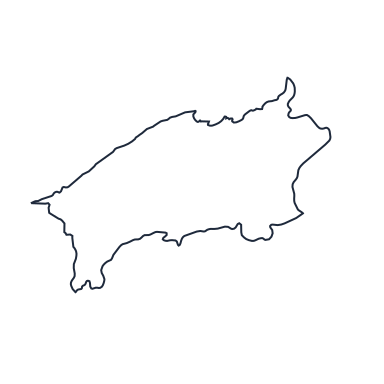 map outline of Coquimbo (Mercator projection), rotated 63°
{"feature_id": "CHL-2697", "entity_name": "Coquimbo", "entity_type": "Region", "adm_level": 1, "iso_a3": "CHL", "parent_name": "Chile", "parent_adm1": "", "projection": "mercator", "projection_center": [-70.868, -30.645], "detail": "fine", "context": "isolated", "style": "outline", "palette": "slate", "viewbox_px": 384, "rotation_deg": 63, "n_neighbors": 0, "source": "natural_earth", "source_scale": "10m", "svg_char_len": 4497}
<svg xmlns="http://www.w3.org/2000/svg" viewBox="0 0 384 384"><g transform="rotate(63 192 192)"><path d="M261.4,102.8L262.5,111.1L262.0,123.7L261.5,127.3L260.4,130.7L257.6,135.0L257.2,136.3L257.8,137.9L259.1,138.3L262.3,137.8L265.4,138.9L267.9,141.5L269.1,144.8L268.0,148.4L267.3,149.0L265.7,149.7L264.9,150.4L264.6,151.2L264.3,152.1L263.9,153.8L263.8,157.4L263.6,159.1L262.8,160.8L260.7,163.2L258.5,165.1L256.0,166.3L253.1,167.2L250.3,166.4L243.5,163.1L241.3,164.1L241.3,165.8L243.4,169.2L243.8,171.2L243.2,173.1L242.1,174.1L240.8,174.8L239.4,175.7L237.8,178.4L236.3,185.7L235.0,189.0L233.4,192.0L232.9,193.5L232.6,195.4L232.7,196.6L232.9,197.5L232.9,198.5L232.4,199.7L231.0,201.6L230.5,202.3L229.4,205.7L227.7,218.8L228.1,220.5L228.9,222.0L230.3,223.6L232.6,225.7L233.6,227.0L233.7,228.2L232.7,228.5L229.2,228.0L227.7,228.7L225.8,231.7L225.0,233.6L224.3,236.4L223.3,237.9L222.0,239.1L220.8,239.5L219.8,238.3L219.4,236.1L218.8,234.1L217.2,233.3L216.2,234.0L211.6,241.3L211.1,242.8L211.0,244.7L211.0,248.4L210.7,250.1L208.9,253.9L209.0,255.7L209.6,257.5L210.1,259.6L209.8,261.4L208.4,264.4L208.1,266.2L208.1,269.7L207.9,273.3L207.0,277.5L207.2,279.3L208.0,281.6L212.3,290.5L214.8,293.4L215.7,295.0L215.5,299.1L215.9,301.4L216.6,303.6L217.5,305.4L220.4,308.4L223.2,309.2L226.3,309.1L229.9,309.6L231.3,310.5L233.0,312.0L234.6,313.8L235.5,315.4L235.7,317.3L235.3,318.5L234.4,319.7L233.6,321.1L233.0,324.7L232.2,325.5L230.1,325.6L226.7,324.2L224.9,323.9L223.8,325.0L223.6,326.1L224.0,327.0L225.4,328.5L225.9,329.3L226.1,330.1L226.0,332.0L226.4,332.9L227.8,333.9L228.1,334.6L227.9,335.5L227.4,337.1L227.2,337.9L227.4,339.1L228.4,341.2L228.4,341.3L224.3,342.4L220.7,342.2L219.1,341.8L217.7,340.9L216.4,339.3L214.8,336.2L213.7,334.8L211.4,333.5L206.1,331.9L202.6,330.0L198.8,325.8L196.4,324.0L194.5,322.9L192.2,322.2L190.5,322.1L188.7,322.2L187.0,322.6L178.6,319.5L176.8,318.5L174.6,319.8L173.1,323.3L171.3,323.3L169.8,324.0L162.1,319.9L158.6,320.7L156.7,321.5L155.2,323.0L147.5,327.7L145.7,328.7L140.9,326.9L138.7,324.7L136.7,325.2L135.8,328.0L129.3,339.7L128.9,339.7L129.0,336.5L129.2,335.4L130.2,333.2L130.2,329.1L131.8,318.8L131.5,317.3L130.8,316.3L130.3,315.3L130.1,314.2L130.2,312.9L130.6,312.0L131.3,311.3L132.0,310.8L132.4,310.3L131.9,308.4L129.2,305.3L129.3,304.0L130.7,302.3L131.3,300.7L131.2,299.3L127.3,283.2L126.7,281.6L126.8,274.6L124.8,267.4L123.6,265.1L120.4,244.1L118.8,241.0L118.7,239.2L119.9,231.3L120.1,226.9L119.7,222.4L118.9,218.7L118.5,218.1L118.1,217.6L117.9,217.0L117.7,214.8L117.3,212.9L116.9,209.7L115.4,203.6L116.1,196.9L115.8,195.8L114.9,187.9L115.2,185.9L116.5,181.3L116.3,179.8L115.8,177.8L116.1,175.6L117.2,172.2L117.9,162.0L121.0,153.4L121.1,152.4L121.4,152.1L122.0,152.3L122.5,152.9L123.5,155.6L125.3,156.5L127.3,156.7L129.0,156.5L131.0,155.9L132.0,155.3L132.4,154.3L132.2,153.3L131.9,152.6L132.1,152.2L133.2,152.1L133.6,151.0L136.9,144.9L138.0,146.0L138.7,147.0L139.5,147.3L140.8,146.2L141.6,144.9L142.1,143.5L142.5,140.3L142.6,136.9L142.1,133.8L141.1,131.1L139.6,128.7L140.1,127.8L140.6,127.4L141.2,127.4L141.9,128.0L142.0,127.2L142.3,126.6L142.7,126.2L144.1,125.8L144.1,125.3L143.9,124.7L144.1,124.1L144.4,123.6L144.5,123.2L144.7,122.9L145.6,122.8L145.9,123.0L146.7,123.9L147.3,124.1L149.1,123.2L150.0,121.0L150.3,118.1L150.3,115.3L150.1,113.9L149.5,112.9L147.8,111.4L147.3,110.5L146.9,109.3L145.9,103.7L146.0,102.1L146.7,101.4L147.2,100.8L147.4,99.4L147.4,97.8L147.0,96.9L149.1,93.8L149.9,91.9L149.0,91.1L147.9,90.4L147.0,88.6L146.2,86.4L145.9,84.6L146.1,82.6L147.3,79.5L147.7,76.9L148.0,75.9L148.3,74.8L148.1,73.6L147.7,72.9L146.4,71.9L145.9,71.0L145.5,68.7L145.4,66.8L145.0,64.9L143.9,62.9L142.6,61.7L135.0,56.6L133.5,55.1L133.6,54.9L136.4,53.4L141.3,52.5L143.6,52.7L145.8,53.2L149.0,54.7L150.5,55.7L151.8,56.8L152.8,58.0L153.5,59.3L154.9,63.5L155.8,65.1L157.1,66.7L158.5,67.3L159.9,67.3L162.4,66.6L163.3,66.5L163.9,66.7L164.4,67.2L164.7,67.9L164.9,68.6L165.2,69.4L165.9,70.3L167.4,71.5L169.2,71.4L170.6,70.6L171.7,69.1L172.9,66.4L173.4,64.4L174.8,56.5L175.2,55.4L175.6,54.6L177.4,53.5L180.3,52.5L190.4,50.4L193.0,49.4L194.2,48.2L194.9,46.9L195.3,45.4L195.4,44.2L195.7,43.2L196.3,42.5L197.5,41.8L198.8,41.6L200.4,41.8L205.9,43.7L207.3,44.7L208.5,46.2L210.3,51.8L217.0,79.8L218.2,83.2L219.2,85.2L220.8,87.3L226.1,91.0L227.1,92.1L227.9,93.5L229.4,97.0L230.8,98.8L233.1,100.2L240.0,101.7L241.9,102.6L244.3,104.0L246.4,105.0L248.3,105.5L255.3,105.6L256.0,105.5L256.9,105.1L259.7,103.5L261.3,102.8L261.4,102.8Z" fill="none" stroke="#1e293b" stroke-width="2"/></g></svg>